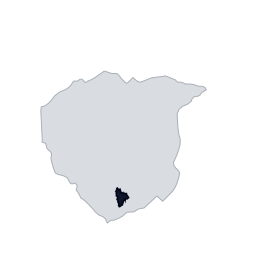 Shamva, Mashonaland Central, Zimbabwe shown in context, rotated 135°
{"feature_id": "62879985B93379184763454", "entity_name": "Shamva", "entity_type": "district", "adm_level": 2, "iso_a3": "ZWE", "parent_name": "Zimbabwe", "parent_adm1": "Mashonaland Central", "projection": "mercator", "projection_center": [31.712, -17.164], "detail": "fine", "context": "in_parent", "style": "filled", "palette": "ink", "viewbox_px": 256, "rotation_deg": 135, "n_neighbors": 0, "source": "geoboundaries", "source_scale": "gbopen_adm2", "svg_char_len": 4692}
<svg xmlns="http://www.w3.org/2000/svg" viewBox="0 0 256 256"><g transform="rotate(135 128 128)"><path d="M174.3,204.3L172.4,203.0L169.8,202.1L166.4,201.7L162.0,201.9L156.7,202.6L150.9,201.7L144.8,199.3L139.7,198.4L133.6,199.5L133.3,199.5L132.3,198.7L130.6,196.9L127.8,196.5L127.1,196.1L126.4,195.5L126.0,194.6L125.9,193.7L126.3,190.7L126.1,190.4L125.3,190.0L123.8,189.7L120.2,188.3L115.6,187.0L108.1,185.6L105.2,185.2L104.5,184.8L103.7,183.7L102.2,180.3L100.9,178.1L97.7,174.7L97.2,173.6L97.3,170.9L97.6,168.6L97.9,166.8L97.7,165.0L97.7,162.9L97.8,161.4L97.4,160.8L96.2,160.3L92.9,160.1L88.9,160.2L88.7,158.0L88.4,154.6L87.6,152.7L86.7,151.6L84.8,150.6L81.1,149.1L76.0,146.9L71.7,143.6L66.7,139.6L65.1,138.9L63.3,135.1L60.5,128.6L60.7,126.4L60.3,125.3L57.5,122.1L56.9,120.5L56.5,118.8L52.1,114.1L50.7,112.1L49.5,109.5L48.4,107.4L47.5,106.6L46.2,105.1L45.4,103.5L45.0,102.3L45.3,100.7L45.7,99.6L49.9,100.8L52.1,100.8L53.9,100.3L56.0,101.0L58.6,103.1L61.5,103.5L64.5,102.2L68.7,102.6L73.9,104.7L78.2,105.2L83.3,103.3L87.9,98.1L92.2,93.3L96.5,87.7L99.0,83.2L102.8,79.5L107.7,76.7L112.7,74.3L120.4,71.4L122.0,69.0L122.5,66.4L122.5,62.8L122.9,60.4L123.7,59.3L125.0,58.5L126.6,57.4L131.7,54.7L135.9,52.9L141.1,51.7L146.8,51.7L152.2,51.7L155.3,51.7L155.4,55.2L155.6,59.1L156.2,59.5L160.3,59.6L166.9,59.9L173.2,60.1L177.3,63.0L178.6,63.6L182.9,64.4L188.2,69.1L194.7,69.6L199.2,71.1L203.1,72.7L205.3,74.7L206.8,75.1L208.8,75.3L209.7,75.4L209.5,76.9L208.2,79.3L208.4,82.7L210.2,87.5L210.4,91.6L209.9,99.0L209.9,106.1L210.1,108.6L210.4,110.3L210.8,111.2L210.7,112.3L209.6,115.3L208.8,118.4L208.7,119.7L208.4,120.6L207.8,121.4L204.9,122.8L204.4,123.7L204.4,125.4L204.8,126.8L205.9,127.3L207.1,128.0L207.7,129.1L207.7,130.2L207.2,132.2L206.1,135.5L207.2,139.3L208.5,141.8L210.3,144.7L211.0,146.5L211.0,147.8L210.7,149.0L208.1,154.3L206.2,157.6L203.9,161.1L200.8,163.3L200.0,164.3L199.7,165.6L199.8,168.2L199.7,171.0L197.1,175.2L198.7,178.9L198.3,179.2L197.4,179.8L193.7,183.9L189.9,188.1L187.1,191.2L183.9,194.7L180.4,198.6L177.4,201.9L174.3,204.3Z" fill="#d9dde1" stroke="#a8b0b8" stroke-width="1"/><path d="M179.0,93.0L179.1,92.9L179.3,92.7L179.5,92.4L179.8,92.3L180.0,92.3L180.2,92.2L180.3,92.1L180.5,92.1L180.7,91.9L180.8,92.0L181.0,91.9L181.2,91.7L181.3,91.5L181.5,91.5L181.4,91.3L181.3,91.2L181.5,91.0L181.6,90.9L181.8,90.6L182.0,90.5L182.1,90.3L182.2,90.2L182.3,90.2L182.5,90.1L182.7,89.9L182.8,89.8L182.9,89.7L183.0,89.5L183.1,89.4L183.2,89.2L183.3,89.2L183.5,89.0L183.6,88.9L183.9,88.6L184.0,88.4L184.3,88.1L184.2,87.9L184.2,87.7L184.1,87.4L184.0,87.1L183.9,87.0L183.7,86.8L183.6,86.7L183.7,86.4L183.8,86.3L184.0,86.2L184.2,86.3L184.4,86.3L184.4,86.2L184.5,86.1L184.8,86.0L185.0,85.9L185.3,85.8L185.3,85.7L185.5,85.6L185.9,85.4L186.0,85.4L186.3,85.2L186.2,85.1L186.0,84.9L186.0,84.6L186.3,84.2L186.4,83.9L186.4,83.7L186.5,83.6L186.7,83.4L186.8,83.4L187.0,83.3L187.1,83.2L187.3,83.1L187.6,82.7L187.5,82.4L187.3,82.3L187.2,82.3L187.2,82.2L187.3,82.1L187.3,81.9L187.6,81.9L187.7,81.7L187.7,81.4L187.6,81.2L187.9,81.1L188.1,81.1L188.2,80.9L188.3,80.9L188.3,80.7L188.4,80.4L188.5,80.1L188.8,80.1L189.0,80.1L189.4,79.9L189.5,79.9L189.6,79.7L189.7,79.4L189.6,79.2L189.6,78.8L189.5,78.6L189.7,78.4L189.5,78.2L189.4,78.2L189.1,78.2L189.0,78.3L188.9,78.3L188.8,78.2L188.7,78.1L188.4,78.1L188.0,78.1L187.9,78.0L187.7,78.0L187.4,77.9L187.3,78.0L187.2,78.0L187.1,77.9L187.0,78.0L187.0,77.9L186.8,77.8L186.8,78.0L186.7,78.0L186.6,77.9L186.5,78.0L186.4,78.0L186.2,78.1L185.9,78.1L185.7,78.0L185.5,78.3L185.4,78.4L185.2,78.4L185.2,78.5L184.9,78.8L184.7,78.7L184.8,78.6L184.7,78.6L184.4,78.5L184.2,78.7L184.2,78.8L184.3,78.8L184.2,79.0L184.3,79.1L184.2,79.1L183.9,79.2L183.9,79.3L183.8,79.2L183.7,79.3L183.4,79.3L183.2,79.4L183.2,79.5L182.9,79.6L183.0,79.7L182.8,79.9L182.7,79.9L182.8,79.8L182.7,79.8L182.4,79.9L182.2,79.8L181.9,79.9L181.4,80.1L180.8,79.8L181.3,78.7L180.3,79.4L179.9,79.9L179.6,79.6L179.4,79.3L178.9,78.5L176.8,78.3L176.1,81.4L176.3,82.0L175.7,82.7L175.5,82.8L175.7,83.0L175.8,83.1L176.0,83.3L176.1,83.2L176.2,83.3L176.2,83.2L176.2,83.3L176.3,83.3L176.4,83.2L176.5,83.3L176.5,83.2L176.6,83.3L176.8,83.3L176.9,83.5L177.0,83.5L177.3,83.8L177.5,83.9L176.9,84.6L177.6,84.9L177.2,85.8L178.3,85.8L178.3,86.4L178.8,86.4L178.8,87.4L178.7,87.6L178.8,87.9L178.7,87.9L178.5,88.0L178.3,88.0L178.2,87.9L178.2,88.2L178.0,89.1L177.4,89.2L176.9,90.4L177.0,90.4L177.2,90.5L177.2,90.4L177.3,90.4L177.2,90.3L177.3,90.2L177.4,89.9L177.4,89.7L177.5,89.7L177.6,89.8L177.9,89.8L178.0,89.9L178.3,90.2L177.8,90.4L178.0,90.9L178.4,90.8L178.4,91.0L178.2,91.1L178.3,91.3L178.1,91.5L178.0,91.8L178.3,92.0L178.2,92.5L178.0,92.9L178.0,93.2L178.9,93.1L179.0,93.0Z" fill="#0f172a" stroke="#020617" stroke-width="1.5"/></g></svg>